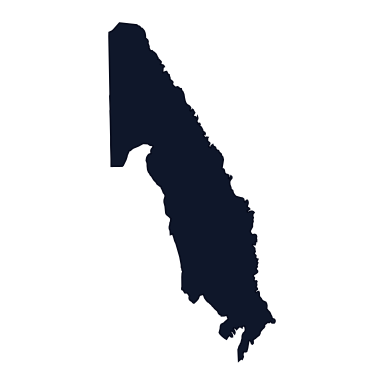 the district of Kathiani, Eastern, Kenya
{"feature_id": "3690345B54323556821532", "entity_name": "Kathiani", "entity_type": "district", "adm_level": 2, "iso_a3": "KEN", "parent_name": "Kenya", "parent_adm1": "Eastern", "projection": "equal_earth", "projection_center": [37.316, -1.421], "detail": "fine", "context": "isolated", "style": "filled", "palette": "ink", "viewbox_px": 384, "rotation_deg": 0, "n_neighbors": 0, "source": "geoboundaries", "source_scale": "gbopen_adm2", "svg_char_len": 6063}
<svg xmlns="http://www.w3.org/2000/svg" viewBox="0 0 384 384"><path d="M163.0,72.7L162.7,70.7L163.1,67.2L164.3,66.7L163.7,65.6L162.9,65.0L161.0,64.7L160.4,64.1L161.0,63.0L161.1,61.7L158.6,59.1L157.7,59.0L157.9,57.8L157.2,56.8L156.6,55.3L155.9,54.0L154.1,52.3L153.1,51.8L152.1,50.7L150.9,50.9L150.1,50.2L149.0,48.1L149.0,46.3L147.9,43.4L148.1,41.4L147.6,40.0L145.3,37.9L145.4,36.1L145.1,33.8L144.7,32.3L144.0,30.7L142.5,28.9L141.8,28.3L141.0,28.5L140.2,27.1L139.3,26.3L137.4,25.7L136.9,24.9L119.5,23.0L113.4,29.9L111.8,31.2L109.1,32.4L109.0,36.4L110.1,94.3L109.8,96.2L110.3,109.5L110.1,110.8L110.4,118.6L110.8,136.9L110.8,144.9L111.2,159.2L111.2,166.3L122.2,166.2L123.1,165.4L125.9,159.7L126.9,156.6L127.1,155.3L129.1,150.7L130.4,150.4L131.6,149.2L133.3,148.0L138.5,145.9L142.5,143.7L143.3,143.4L147.9,143.7L150.2,145.3L151.6,145.2L153.2,146.2L152.9,147.3L151.5,149.0L151.0,150.1L150.9,151.2L151.1,152.3L151.0,153.6L149.0,154.3L148.1,155.2L146.9,157.2L146.6,158.4L146.3,160.6L147.1,162.7L147.3,164.0L147.3,166.0L147.7,169.7L148.6,172.1L149.4,173.0L150.5,175.1L151.6,176.1L153.8,179.8L155.2,181.3L155.9,181.9L157.3,184.2L158.7,185.1L159.7,186.0L160.8,186.3L161.4,188.0L162.3,189.6L163.5,192.8L164.5,193.9L165.0,194.8L165.2,196.2L164.9,197.5L164.2,199.8L164.1,201.1L164.2,202.5L165.2,206.4L165.8,212.8L166.1,213.8L166.7,214.6L169.6,217.0L171.0,218.7L170.7,220.1L170.8,221.2L170.1,222.5L169.8,225.2L169.4,226.2L169.3,228.0L169.5,229.1L170.1,230.4L170.3,231.6L170.4,234.6L172.6,233.8L173.7,236.7L174.8,240.8L176.1,243.6L179.9,256.8L181.4,264.9L181.4,267.3L182.1,268.8L182.0,269.9L182.9,271.5L182.2,273.3L182.0,277.1L182.1,286.7L181.8,288.2L181.9,289.5L182.7,289.8L183.5,290.5L184.8,292.8L187.4,292.9L189.5,296.0L189.2,297.2L189.2,298.5L189.5,299.5L190.3,300.4L192.0,301.4L192.8,302.5L193.9,303.1L196.2,301.0L197.7,299.3L198.4,298.1L199.0,296.2L200.0,295.1L203.2,294.3L203.9,295.5L204.7,297.9L206.1,299.9L207.6,301.7L208.9,302.3L209.7,303.2L211.6,304.8L212.2,305.8L213.8,307.3L214.6,308.4L217.6,311.0L218.6,313.4L219.7,314.5L220.7,314.6L221.3,315.9L224.4,315.8L225.6,315.4L226.9,315.3L228.3,319.1L225.2,321.7L224.0,323.0L221.2,324.4L220.5,326.1L220.3,328.7L219.3,332.6L220.3,334.2L222.3,336.2L224.7,338.1L226.5,339.2L227.8,337.0L229.3,335.3L230.1,335.7L230.9,336.7L231.7,337.0L232.5,336.8L232.4,335.3L231.7,333.8L230.7,332.5L231.0,331.0L232.2,331.0L233.0,331.8L233.5,332.7L234.6,333.9L235.0,332.7L234.7,331.2L233.3,328.8L233.7,327.9L234.9,327.9L235.8,328.5L236.6,329.5L239.0,326.9L240.2,326.8L241.3,327.2L242.0,327.8L242.2,326.7L243.0,326.1L244.0,325.8L244.7,326.4L245.2,327.7L245.4,329.3L245.3,330.5L244.7,332.0L243.3,333.2L242.4,335.2L242.2,336.7L242.2,338.4L241.6,340.6L241.1,342.8L240.6,343.5L240.0,345.0L239.1,346.4L238.7,348.1L238.1,349.6L238.6,361.0L240.5,359.3L241.4,358.8L242.2,359.3L243.3,356.8L242.9,355.1L242.9,353.9L243.2,352.8L243.7,351.7L245.9,351.8L246.7,351.3L247.6,347.9L248.6,341.6L249.1,340.5L250.1,340.5L250.7,341.1L251.6,343.7L252.4,344.1L253.2,343.2L253.0,340.0L254.5,338.7L255.5,338.2L256.2,337.4L259.2,335.1L260.0,333.4L260.2,331.8L262.6,328.8L263.8,327.8L264.6,326.5L264.4,325.3L265.0,324.3L266.2,323.5L267.2,322.4L269.3,322.5L270.3,321.3L271.1,321.9L271.8,322.8L272.7,323.0L274.3,322.9L275.0,321.7L275.0,320.2L274.2,319.2L273.1,318.9L272.2,318.5L271.6,316.3L270.8,314.9L270.3,313.5L269.6,312.2L268.0,310.6L266.5,308.5L266.8,307.3L266.9,305.5L266.5,303.7L265.8,302.3L263.0,301.0L262.1,300.3L261.0,298.4L259.7,297.0L259.3,295.9L259.2,292.8L258.7,291.5L258.0,291.6L257.1,292.2L256.2,292.6L255.4,291.8L255.4,290.6L257.3,289.4L257.3,288.3L256.5,287.8L255.7,286.9L256.5,286.0L256.7,284.5L256.3,283.0L256.9,281.4L256.2,280.8L255.4,281.1L254.5,281.0L253.9,280.2L254.4,277.8L253.1,276.2L253.5,274.9L256.0,273.4L257.4,272.2L257.6,271.1L256.4,269.6L256.0,268.6L256.5,267.6L257.3,266.8L256.9,265.7L257.2,264.3L257.8,262.7L256.8,261.6L257.9,259.2L256.7,258.9L255.6,258.0L255.9,255.5L254.7,254.4L254.1,253.2L255.2,251.6L254.8,250.1L254.7,248.3L253.3,246.8L252.3,245.5L252.7,244.4L255.1,244.8L255.5,243.6L255.3,241.8L256.6,241.6L256.6,239.5L256.2,238.1L256.6,236.7L256.2,235.2L255.6,234.7L254.7,234.4L253.8,234.5L252.9,234.9L252.2,234.6L251.4,233.9L250.6,232.6L250.2,231.4L250.4,230.4L252.4,226.7L252.4,223.4L253.1,221.4L252.7,219.4L253.3,217.6L252.7,216.3L252.7,214.8L253.2,213.5L254.1,212.6L253.5,211.8L252.5,211.3L251.6,211.2L250.5,211.4L248.1,212.3L247.3,211.8L247.2,210.4L248.6,210.0L249.7,209.0L249.0,208.1L248.0,207.6L247.2,206.8L247.3,205.6L248.0,203.8L248.1,202.7L247.9,201.4L247.4,200.3L246.7,200.3L246.0,200.9L245.6,202.1L244.8,202.1L244.0,200.8L243.6,199.0L242.5,198.1L240.3,197.7L236.1,196.5L235.1,195.7L233.3,193.2L232.6,190.4L231.8,189.9L231.0,189.1L230.8,187.4L229.8,184.7L229.6,182.4L229.9,180.7L230.9,179.3L231.8,178.2L231.9,177.0L230.9,175.9L229.4,178.8L228.4,178.5L228.7,175.3L227.7,174.6L226.6,174.4L225.7,174.0L224.7,172.8L224.2,170.0L223.5,169.0L222.5,169.1L221.9,168.3L223.3,159.7L222.7,157.0L221.6,155.8L221.1,153.9L219.6,152.6L218.9,151.7L218.5,150.6L216.8,150.1L216.0,149.2L215.4,147.3L214.4,146.6L213.4,146.5L212.8,144.6L211.3,145.7L210.8,147.8L208.7,146.6L208.7,145.5L209.5,144.3L209.8,143.1L209.1,142.4L208.2,141.8L207.5,141.0L207.5,138.2L208.0,137.4L206.7,137.2L205.7,137.6L204.7,137.5L203.9,136.2L203.2,134.6L204.0,133.9L205.0,134.4L205.2,133.3L204.6,132.3L203.6,131.9L202.8,131.1L202.6,129.8L201.2,127.1L200.2,126.5L199.5,125.7L200.1,124.4L199.6,123.4L198.2,124.1L197.8,122.9L196.9,122.0L196.8,120.6L197.6,119.1L197.8,118.1L197.4,116.6L196.9,117.9L195.9,118.2L195.3,116.8L194.1,116.5L193.3,116.0L193.0,115.1L194.0,113.9L194.7,112.7L193.6,111.0L193.3,110.0L192.3,109.3L191.4,110.5L190.7,111.1L190.0,110.5L190.1,109.4L190.6,107.8L189.9,106.6L189.1,105.8L187.1,104.7L186.0,103.4L185.3,101.8L184.9,100.5L184.3,97.7L183.8,94.3L182.7,91.6L181.9,90.9L181.5,90.0L181.2,88.7L179.6,88.6L178.7,87.4L177.5,86.8L175.6,87.4L174.5,86.7L172.7,84.9L172.4,83.6L172.9,82.1L172.0,81.0L170.0,79.5L169.9,77.8L169.3,76.1L169.1,74.7L167.9,74.2L166.6,71.5L165.3,71.7L164.1,72.5L163.0,72.7Z" fill="#0f172a" stroke="#020617" stroke-width="1.5"/></svg>